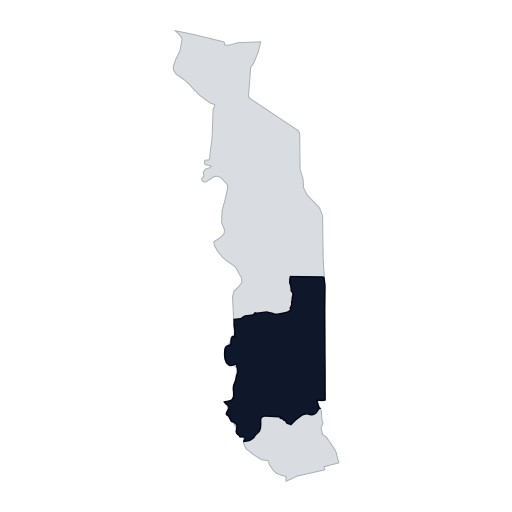 Plateaux highlighted on a map of Togo
{"feature_id": "TGO-86", "entity_name": "Plateaux", "entity_type": "Region", "adm_level": 1, "iso_a3": "TGO", "parent_name": "Togo", "parent_adm1": "", "projection": "albers", "projection_center": [0.996, 7.453], "detail": "fine", "context": "in_parent", "style": "filled", "palette": "ink", "viewbox_px": 512, "rotation_deg": 0, "n_neighbors": 0, "source": "natural_earth", "source_scale": "10m", "svg_char_len": 4284}
<svg xmlns="http://www.w3.org/2000/svg" viewBox="0 0 512 512"><path d="M260.7,41.8L258.4,51.4L253.7,63.3L250.7,67.1L248.5,96.1L250.0,98.5L251.1,99.2L265.7,109.0L285.0,121.9L298.6,131.0L299.7,134.0L299.9,153.1L300.1,169.5L303.0,178.8L303.6,187.9L307.0,194.8L319.6,208.0L322.6,215.8L322.9,240.8L323.2,259.8L324.9,285.6L324.9,307.2L324.9,334.5L325.0,366.5L325.0,399.8L316.7,400.3L321.2,410.6L322.0,420.0L323.1,423.1L320.9,427.6L322.7,434.6L326.4,437.1L335.7,451.0L338.8,462.8L323.9,466.8L324.9,469.8L297.1,476.1L286.1,481.3L285.9,476.3L281.9,475.4L277.0,473.7L273.9,471.1L269.6,465.2L268.1,460.6L261.6,459.8L253.6,454.7L246.0,448.7L243.3,442.8L244.1,440.0L242.9,437.2L240.3,436.2L233.4,422.7L229.2,417.3L227.2,413.0L227.9,409.6L227.0,405.1L228.3,401.4L232.0,399.3L233.2,396.6L233.5,391.0L235.6,379.3L237.0,367.9L233.1,364.8L228.3,363.9L225.8,360.6L224.9,355.2L225.0,350.6L234.4,334.3L232.5,296.9L233.9,291.2L238.1,287.2L241.8,282.7L241.6,278.1L235.4,267.0L223.6,258.4L217.6,251.4L214.3,245.2L213.8,241.9L221.0,237.0L224.1,233.6L224.5,229.7L221.6,222.6L222.1,210.0L224.9,200.5L227.7,188.2L227.4,184.6L220.5,177.3L216.8,176.2L213.8,176.8L206.5,181.6L203.9,182.1L202.3,180.7L201.6,178.7L204.1,175.9L203.2,172.3L205.3,169.1L209.9,167.7L211.3,166.1L205.1,164.6L204.4,162.5L204.8,160.4L206.6,160.0L208.5,160.1L209.6,158.7L210.6,148.2L211.3,144.6L212.1,137.4L213.1,109.5L214.5,106.6L214.7,104.5L210.4,103.2L200.2,95.7L194.2,89.9L189.0,84.0L184.6,80.1L176.1,74.1L173.6,70.3L173.2,66.5L175.9,58.9L180.0,50.8L182.1,39.2L180.8,36.1L175.2,30.7L195.3,34.9L223.9,41.9L224.5,43.1L224.7,45.2L229.7,45.1L237.9,42.7L260.7,41.8Z" fill="#d9dde1" stroke="#a8b0b8" stroke-width="1"/><path d="M235.0,336.9L234.7,335.2L234.9,330.5L234.1,325.3L234.2,320.0L234.1,319.5L236.0,319.2L240.4,318.8L241.8,318.2L242.3,317.8L243.0,317.2L244.4,316.3L245.2,316.0L252.3,315.1L253.2,314.8L253.6,314.6L253.9,314.3L254.8,313.0L255.2,312.9L255.6,313.0L256.1,313.1L257.4,313.2L265.9,312.1L267.2,312.1L268.2,312.4L271.9,313.2L272.6,313.4L273.5,313.8L274.9,314.2L276.3,314.3L277.9,314.2L285.4,312.7L288.1,311.9L290.8,310.0L290.8,309.9L291.0,309.5L290.5,308.9L290.3,308.6L290.2,308.2L290.4,307.7L291.6,305.3L291.7,304.8L291.8,304.2L291.7,302.1L292.2,300.1L292.2,298.3L292.4,297.3L292.8,295.8L292.9,295.3L292.9,293.5L292.8,293.0L292.7,292.5L292.5,292.2L291.8,291.6L291.5,291.2L291.3,290.9L291.2,290.4L291.1,290.0L291.2,288.5L291.2,288.0L290.9,287.0L290.8,286.5L290.7,285.4L290.6,284.9L290.0,283.7L289.9,283.2L289.8,282.7L289.9,278.8L290.0,278.3L290.4,277.6L290.4,277.2L290.4,276.6L323.0,277.0L323.5,277.2L324.0,278.0L324.9,285.7L324.8,296.0L324.6,310.2L324.7,324.4L324.8,342.2L324.8,343.8L324.8,351.5L324.9,360.3L325.0,373.7L325.0,386.7L325.1,399.9L323.5,400.4L316.8,400.3L318.5,406.7L319.5,408.2L319.7,408.3L319.2,408.5L318.5,409.2L316.6,412.1L316.1,412.8L315.5,413.3L313.9,414.2L312.4,414.7L311.9,414.8L310.8,414.7L309.7,414.5L307.7,413.9L306.9,413.8L305.8,413.9L303.8,414.4L302.1,415.0L295.9,419.6L290.9,424.6L290.1,424.2L287.3,423.3L286.9,423.0L286.6,422.7L285.6,420.9L285.4,420.7L285.2,420.6L284.7,420.3L284.2,420.1L283.8,420.0L283.4,419.7L283.1,419.4L282.9,419.0L282.6,418.7L282.2,418.5L280.7,418.3L280.3,418.1L280.1,417.8L280.3,417.1L280.2,416.9L279.7,416.8L265.2,416.0L263.5,416.3L262.6,416.7L261.8,417.1L261.4,417.6L261.0,418.2L260.7,419.2L260.6,420.3L260.7,424.6L260.4,428.0L259.8,430.0L259.4,430.9L259.0,431.5L258.3,432.3L255.7,434.7L254.9,435.7L254.0,437.2L253.4,437.9L253.1,438.2L250.0,440.2L248.5,440.7L244.9,441.3L243.9,441.4L243.9,440.9L244.5,439.7L245.1,438.9L245.1,438.1L244.0,436.9L243.2,436.8L240.7,436.9L239.9,436.8L239.1,435.3L237.8,434.4L236.7,433.3L236.2,431.5L237.0,426.9L236.9,425.5L236.1,424.0L234.8,422.8L233.3,421.9L231.7,421.6L231.1,420.8L228.6,416.0L227.5,415.2L226.6,414.7L226.3,413.8L226.9,411.9L228.8,408.8L229.0,407.3L228.0,405.4L225.5,403.4L224.4,402.0L225.7,401.6L227.1,401.5L230.8,400.6L232.0,399.9L233.7,396.8L233.7,392.9L233.3,388.9L233.6,385.4L235.8,380.0L236.6,375.8L237.8,372.6L237.9,370.6L236.5,364.7L235.9,364.0L232.6,365.2L230.9,365.5L229.3,365.3L226.5,362.8L225.0,358.8L224.6,354.4L224.9,349.2L225.3,348.1L225.8,347.1L226.7,346.3L227.9,345.7L229.3,345.3L230.5,344.7L231.0,343.5L231.0,341.1L231.3,338.3L232.4,336.5L235.0,336.9Z" fill="#0f172a" stroke="#020617" stroke-width="1.5"/></svg>